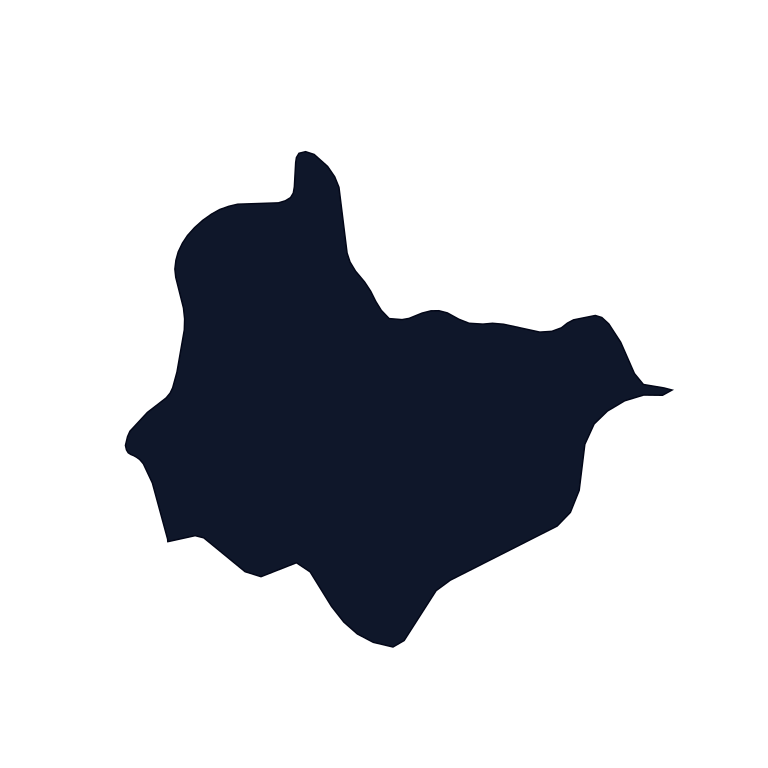 SVG path tracing the border of Butha-Buthe, rotated 157°
{"feature_id": "LSO-1211", "entity_name": "Butha-Buthe", "entity_type": "District", "adm_level": 1, "iso_a3": "LSO", "parent_name": "Lesotho", "parent_adm1": "", "projection": "orthographic", "projection_center": [28.556, -28.822], "detail": "fine", "context": "isolated", "style": "filled", "palette": "ink", "viewbox_px": 768, "rotation_deg": 157, "n_neighbors": 0, "source": "natural_earth", "source_scale": "10m", "svg_char_len": 1407}
<svg xmlns="http://www.w3.org/2000/svg" viewBox="0 0 768 768"><g transform="rotate(157 384 384)"><path d="M478.5,138.4L494.8,150.4L506.2,164.3L514.0,180.5L519.2,199.7L525.4,239.9L534.5,253.7L572.5,254.7L585.2,265.5L610.0,312.8L617.1,318.2L643.9,323.2L644.6,323.4L643.8,325.7L635.9,383.4L636.7,404.6L638.4,410.0L640.4,413.3L642.4,415.9L644.5,418.0L646.3,420.6L646.8,424.0L646.0,428.5L640.6,435.8L636.3,439.8L612.9,450.3L590.0,456.3L584.4,459.2L580.0,463.1L569.9,475.9L546.7,511.8L542.1,521.8L538.9,532.3L534.0,563.6L531.6,571.5L527.2,579.2L521.8,586.0L514.5,592.4L506.8,597.5L497.2,602.0L486.9,605.5L476.3,607.8L467.0,608.8L457.4,608.2L448.5,606.7L410.4,592.0L403.3,591.2L397.2,592.1L392.9,595.2L389.5,600.5L378.7,622.5L376.1,626.7L372.1,629.6L365.4,628.5L358.6,622.6L350.9,606.3L348.4,594.0L348.6,582.7L366.8,519.0L367.6,509.6L366.1,499.0L362.0,485.5L360.0,474.6L359.3,463.2L357.7,452.8L353.7,442.2L342.2,436.2L335.3,434.6L321.2,434.4L312.2,433.0L304.8,430.0L297.9,424.7L289.8,414.4L282.0,406.7L269.6,400.5L260.4,397.5L250.6,392.3L220.3,370.9L208.9,366.9L198.7,366.4L191.4,368.4L184.5,369.0L162.7,364.5L157.5,360.1L153.6,351.5L149.8,330.0L149.4,295.8L145.4,282.2L127.7,270.9L121.2,265.9L132.0,264.8L149.3,272.4L169.1,274.5L188.9,271.8L206.2,265.1L222.7,250.0L245.9,209.8L262.6,193.0L280.1,185.6L399.7,177.5L416.8,173.4L465.7,140.0L478.5,138.4Z" fill="#0f172a" stroke="#020617" stroke-width="1.5"/></g></svg>